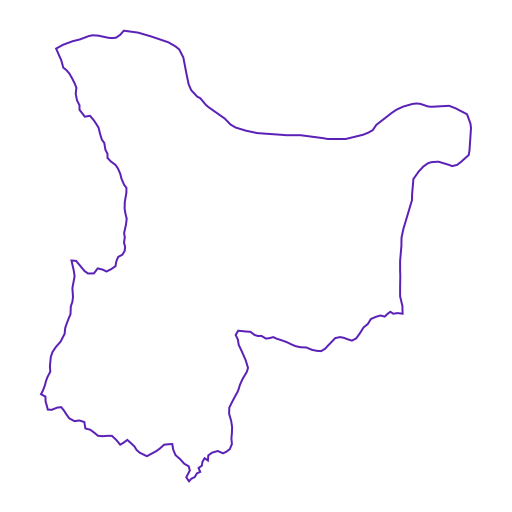 Paulo de Faria, São Paulo, Brazil
{"feature_id": "56859067B47461388834075", "entity_name": "Paulo de Faria", "entity_type": "district", "adm_level": 2, "iso_a3": "BRA", "parent_name": "Brazil", "parent_adm1": "São Paulo", "projection": "natural_earth1", "projection_center": [-49.477, -20.074], "detail": "fine", "context": "isolated", "style": "outline", "palette": "violet", "viewbox_px": 512, "rotation_deg": 0, "n_neighbors": 0, "source": "geoboundaries", "source_scale": "gbopen_adm2", "svg_char_len": 3325}
<svg xmlns="http://www.w3.org/2000/svg" viewBox="0 0 512 512"><path d="M467.0,114.2L459.2,110.2L455.6,108.3L449.1,105.8L431.2,106.8L427.8,106.4L420.4,103.9L416.6,103.5L412.6,103.9L403.2,106.6L396.6,109.6L391.6,113.0L376.3,124.9L372.7,130.2L368.2,132.7L362.9,134.8L345.7,139.0L327.7,139.0L322.8,138.1L300.4,135.2L286.0,135.2L281.4,134.8L257.3,133.1L246.0,130.7L235.5,127.5L230.5,124.5L224.8,118.6L208.6,107.2L205.8,104.8L200.3,98.2L197.3,96.7L191.3,90.3L188.7,84.5L186.7,75.0L183.3,57.4L179.2,49.4L175.5,46.4L168.4,42.3L151.0,36.4L138.0,32.6L123.8,30.7L120.1,34.9L116.0,37.7L112.0,38.1L108.4,37.8L98.1,35.6L92.6,35.3L88.9,36.0L80.0,39.4L72.7,41.2L63.0,44.8L56.1,48.6L61.3,60.4L63.3,67.7L66.2,69.9L69.4,73.6L72.4,78.9L74.8,83.7L76.4,87.9L75.7,93.8L77.0,100.3L79.5,105.3L79.5,109.8L82.4,113.5L84.8,116.7L90.0,115.8L93.8,120.3L96.3,124.0L98.5,127.6L100.1,133.9L101.8,139.6L104.3,143.0L105.4,149.7L107.5,153.9L107.5,157.9L110.9,161.5L115.5,164.9L118.0,168.6L120.3,173.9L121.4,178.5L124.0,184.6L126.4,187.8L126.4,192.6L124.8,201.8L124.6,208.6L125.5,213.9L126.7,218.7L126.0,224.4L124.1,233.2L124.8,237.2L124.0,242.6L125.1,246.9L124.7,250.8L122.4,254.7L118.2,256.9L116.3,261.4L115.5,266.2L110.9,269.3L106.5,271.5L102.7,269.6L97.7,268.4L93.9,273.4L88.0,273.5L84.5,271.0L76.1,260.9L71.5,260.5L72.6,265.6L73.7,270.2L74.6,276.2L72.4,288.1L73.0,296.9L72.4,301.7L70.8,306.5L70.5,314.2L68.5,318.9L66.7,323.6L65.2,328.0L64.6,333.9L60.5,341.7L55.7,347.2L52.4,352.2L50.8,357.0L50.3,362.2L49.9,366.3L50.3,371.7L47.4,377.2L45.9,381.3L45.0,385.0L43.0,390.4L41.0,394.2L45.4,396.6L45.6,401.6L46.8,405.6L47.8,409.6L51.7,409.8L57.2,407.6L61.3,407.2L64.1,410.8L66.4,414.4L69.3,418.4L74.4,421.1L79.4,420.5L84.3,422.0L85.4,428.5L90.2,429.7L94.8,433.1L98.0,435.8L102.4,436.2L108.1,435.8L112.0,435.9L116.4,440.1L120.2,444.7L123.7,442.6L127.3,439.9L131.2,443.4L134.5,446.5L136.6,450.0L139.7,452.7L146.9,456.2L151.1,453.9L156.5,451.0L160.0,448.4L164.1,444.7L169.0,444.2L172.3,444.1L173.2,449.6L175.5,455.1L180.2,459.2L184.2,463.7L188.7,466.3L189.8,470.5L186.3,477.3L189.0,481.3L191.4,478.7L194.7,477.1L197.0,473.3L200.2,471.9L198.6,468.0L201.8,465.7L202.5,461.7L204.6,458.2L207.9,460.5L208.3,455.4L212.0,452.7L217.8,451.0L223.0,453.3L226.2,451.8L229.8,449.1L231.9,444.1L231.4,438.2L231.9,433.1L232.1,427.0L231.2,421.1L229.1,413.6L229.3,407.6L232.3,401.6L234.9,396.7L237.3,392.4L238.7,389.0L239.9,384.9L242.4,379.3L246.9,371.7L248.0,367.9L245.6,360.0L241.0,349.6L238.7,344.9L237.9,339.6L235.7,335.0L238.2,330.7L245.8,331.5L250.4,331.8L254.6,335.0L257.9,336.0L261.4,335.9L266.0,338.6L269.7,338.1L273.3,337.1L276.4,338.6L281.4,340.2L286.7,342.1L291.4,344.4L295.4,346.1L300.2,347.2L306.4,347.5L312.1,349.9L317.2,350.9L321.2,351.1L325.3,348.6L327.9,345.7L331.8,341.7L335.2,338.1L340.1,337.1L343.8,337.8L347.1,339.1L351.9,340.6L356.1,338.5L359.6,333.7L363.6,327.4L367.8,324.0L370.9,319.0L376.2,316.7L380.6,315.5L384.7,316.6L387.7,313.7L390.4,311.8L393.2,313.7L397.6,313.1L402.6,313.7L402.4,306.0L400.1,296.3L400.1,287.0L400.3,275.9L400.1,271.0L400.1,261.0L401.4,246.0L401.5,237.8L403.3,229.2L412.0,200.1L412.1,194.3L413.4,179.0L418.8,171.4L423.4,166.5L428.0,163.2L431.7,162.1L438.5,161.7L449.1,164.9L452.2,166.1L457.1,164.9L461.0,161.9L468.7,155.0L469.5,150.3L470.4,136.9L471.0,127.9L470.4,123.4L467.0,114.2Z" fill="none" stroke="#5b21b6" stroke-width="2"/></svg>